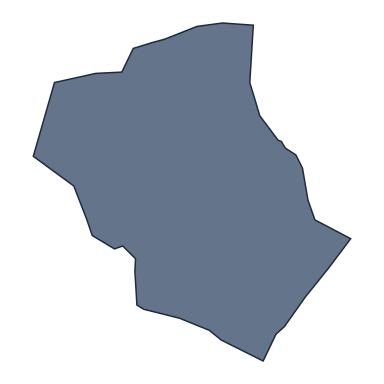 Bu'ren, Töv, Mongolia (Albers equal-area conic projection)
{"feature_id": "93677404B69512651259917", "entity_name": "Bu'ren", "entity_type": "district", "adm_level": 2, "iso_a3": "MNG", "parent_name": "Mongolia", "parent_adm1": "Töv", "projection": "albers", "projection_center": [105.213, 46.842], "detail": "fine", "context": "isolated", "style": "filled", "palette": "slate", "viewbox_px": 384, "rotation_deg": 0, "n_neighbors": 0, "source": "geoboundaries", "source_scale": "gbopen_adm2", "svg_char_len": 607}
<svg xmlns="http://www.w3.org/2000/svg" viewBox="0 0 384 384"><path d="M350.7,238.7L314.9,219.9L307.9,199.9L302.5,168.2L295.9,155.0L285.2,148.0L281.4,141.5L278.1,140.2L259.8,115.8L252.7,92.1L249.8,82.8L253.3,25.2L222.6,23.0L197.0,26.4L164.6,39.2L152.1,42.6L133.3,48.4L121.8,72.1L95.7,73.4L54.5,82.5L33.3,156.3L73.8,186.0L86.6,219.0L92.3,235.6L114.5,248.9L122.7,246.0L135.5,258.7L134.9,271.6L136.2,292.8L136.9,305.1L143.8,309.3L179.4,318.2L209.2,330.3L221.3,340.1L263.1,361.0L263.2,360.9L276.0,334.2L284.4,326.6L305.4,296.9L328.6,268.1L350.7,238.7Z" fill="#64748b" stroke="#1e293b" stroke-width="1.5"/></svg>